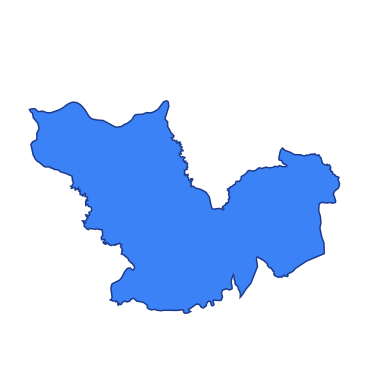 Atrato (Yuto), Chocó, Colombia, rotated 257°
{"feature_id": "7082276B67821658402915", "entity_name": "Atrato (Yuto)", "entity_type": "district", "adm_level": 2, "iso_a3": "COL", "parent_name": "Colombia", "parent_adm1": "Chocó", "projection": "orthographic", "projection_center": [-76.61, 5.549], "detail": "fine", "context": "isolated", "style": "filled", "palette": "blue", "viewbox_px": 384, "rotation_deg": 257, "n_neighbors": 0, "source": "geoboundaries", "source_scale": "gbopen_adm2", "svg_char_len": 5938}
<svg xmlns="http://www.w3.org/2000/svg" viewBox="0 0 384 384"><g transform="rotate(257 192 192)"><path d="M214.5,290.0L212.6,287.6L206.4,284.6L204.2,284.0L203.3,284.4L202.4,286.5L199.4,287.0L196.8,290.4L195.7,289.9L196.1,286.4L198.1,283.0L197.3,281.2L198.4,278.2L197.9,277.1L197.8,275.4L198.5,271.7L199.6,269.7L199.2,265.4L200.5,262.8L198.5,257.9L199.1,254.6L200.2,252.8L199.9,251.1L197.6,248.6L195.9,243.5L193.7,242.8L191.7,240.7L192.4,237.7L191.9,236.9L190.0,236.1L189.3,233.6L188.3,232.0L188.4,230.6L187.6,230.3L187.6,229.3L187.0,228.8L187.0,227.4L186.0,227.0L185.2,228.2L184.2,227.6L183.3,228.4L182.2,227.4L180.5,227.0L178.3,227.7L177.6,226.5L176.9,226.8L176.4,225.7L174.4,225.6L173.6,224.8L173.6,223.3L172.7,223.2L173.2,222.5L172.1,221.8L170.8,218.5L169.9,218.2L168.8,219.3L168.2,219.0L167.7,218.0L169.2,216.4L170.0,214.2L170.4,209.0L171.4,208.0L173.5,207.5L182.9,207.8L188.5,205.7L192.3,201.5L195.6,195.5L197.3,194.7L197.5,192.0L199.8,193.2L201.9,192.6L201.9,193.6L202.7,193.6L202.9,194.6L204.5,195.6L205.2,194.0L204.2,193.3L204.1,191.6L206.5,191.7L207.9,190.9L209.2,192.0L210.2,191.9L209.6,189.2L210.7,188.6L211.2,189.3L213.1,189.1L214.0,189.7L214.9,189.4L215.3,192.5L216.7,192.2L217.2,193.4L219.0,193.2L220.2,194.0L221.4,193.8L222.5,191.6L223.4,192.7L224.2,190.5L225.7,190.9L227.2,192.8L228.5,190.7L228.3,190.1L229.0,188.8L230.9,188.1L232.3,188.3L231.4,190.0L232.7,189.9L234.5,190.6L234.2,192.5L234.9,192.5L235.6,191.4L236.6,191.1L238.1,192.5L239.9,190.6L240.8,191.2L241.0,191.9L241.8,191.0L243.0,191.8L243.6,190.4L242.8,189.5L242.8,188.7L243.8,188.1L244.6,188.8L245.4,188.7L244.9,187.6L246.3,186.7L247.1,184.7L249.4,184.1L249.2,186.0L250.8,187.0L255.4,184.4L257.0,184.4L260.9,183.0L266.0,184.0L269.2,182.0L280.5,188.6L285.0,189.1L286.0,188.5L286.6,187.5L286.4,184.8L280.5,177.9L279.2,174.7L278.5,171.5L278.5,169.3L279.5,165.8L278.9,160.9L280.0,155.4L279.9,153.9L278.3,151.8L275.8,149.5L273.4,144.3L272.9,140.8L271.8,138.3L271.9,133.8L272.9,131.5L281.6,121.6L283.7,115.2L286.0,110.6L289.2,108.5L295.7,106.4L299.4,104.6L302.4,102.7L304.9,100.0L306.1,97.1L306.4,94.9L305.5,90.4L303.1,85.2L301.9,81.0L301.0,72.4L301.8,68.7L304.5,64.4L304.8,60.4L308.5,57.6L309.0,54.8L309.0,52.2L306.4,52.9L304.7,54.3L300.1,54.1L293.5,57.3L289.0,57.3L288.0,57.1L284.0,54.0L279.1,53.0L277.8,52.3L276.7,47.7L275.6,47.1L275.3,46.3L274.5,45.7L263.8,45.6L259.5,46.7L256.9,48.0L255.2,49.9L250.4,53.4L249.5,54.6L248.3,59.3L247.2,59.8L246.4,61.8L245.3,62.3L243.6,66.6L241.3,68.3L238.6,73.0L234.4,78.7L230.0,78.1L227.8,78.7L224.9,76.4L224.9,75.2L223.6,76.1L222.8,75.4L222.8,78.8L222.2,78.7L221.2,79.6L220.6,78.5L220.2,78.7L220.2,79.4L221.0,80.1L220.3,81.2L221.4,82.3L219.6,82.0L219.2,83.3L218.1,82.1L217.0,83.3L216.0,82.6L214.6,82.5L214.0,83.9L212.8,84.6L212.8,85.2L213.8,85.3L213.7,86.9L214.7,87.1L214.4,87.8L211.6,86.8L211.1,88.5L209.4,88.9L208.0,87.1L207.3,88.2L206.5,86.2L202.7,85.5L202.7,85.8L203.8,86.4L203.6,87.0L202.9,87.8L201.3,87.8L200.3,90.0L199.6,90.4L196.6,90.1L195.3,88.1L195.4,87.0L192.7,87.1L192.5,86.0L193.7,83.3L191.5,83.6L191.1,85.0L190.2,84.6L187.7,81.6L188.5,78.8L186.3,79.7L185.9,81.2L185.3,79.6L184.3,79.9L183.0,79.2L179.4,81.5L178.6,82.5L179.7,84.2L179.0,84.9L178.4,87.5L177.4,89.0L177.5,91.4L175.8,94.3L175.5,96.0L169.7,95.3L168.8,93.7L167.0,93.1L165.7,93.4L165.9,95.7L165.3,96.5L164.4,96.2L163.5,94.4L162.9,94.1L161.8,94.5L162.2,97.3L161.7,97.2L161.2,95.4L160.6,95.6L160.8,99.1L159.6,99.1L158.0,101.1L158.4,102.4L157.4,105.3L158.3,105.8L157.7,107.2L158.2,107.7L158.0,108.9L158.6,109.4L158.1,110.3L157.0,110.5L156.3,111.6L155.0,110.1L151.2,111.2L150.5,111.0L150.4,110.3L148.9,110.2L147.6,109.2L145.4,112.1L144.2,112.5L142.4,114.4L139.2,115.1L138.8,116.0L137.3,116.3L136.1,117.2L136.0,117.9L134.4,118.1L132.4,119.2L131.1,119.0L129.1,117.1L129.8,116.1L131.9,114.6L132.2,113.0L131.8,111.4L129.2,108.2L124.8,104.6L122.4,101.5L120.6,93.8L119.7,92.8L116.3,91.3L107.5,90.5L106.0,89.7L105.2,88.1L103.6,90.4L102.9,93.1L102.1,93.2L102.5,93.8L102.2,94.5L101.0,95.1L99.5,94.4L98.3,94.8L99.3,96.1L98.5,96.8L98.5,98.0L99.7,98.9L100.8,101.0L100.8,102.1L99.6,103.5L99.5,105.6L100.0,107.4L101.1,108.1L101.6,111.3L98.2,113.5L95.8,119.0L94.4,120.8L91.5,123.0L89.2,122.4L87.7,123.7L86.3,125.8L86.0,129.4L84.8,131.0L83.4,134.7L83.0,138.4L79.9,151.2L79.3,156.6L78.7,157.3L77.4,156.7L76.3,157.0L75.3,158.1L75.5,159.0L75.0,160.3L75.8,163.7L77.2,162.3L78.6,162.3L78.7,163.7L81.7,170.9L81.4,172.9L80.2,174.2L77.9,174.9L76.4,176.8L77.8,180.2L80.5,181.5L81.9,183.6L81.0,185.5L77.9,185.3L76.9,185.7L76.5,186.6L76.7,187.4L77.6,188.1L80.4,188.0L81.8,188.7L79.9,194.9L80.1,196.3L82.9,198.1L86.5,198.0L88.0,198.5L89.4,199.6L90.0,203.9L88.2,206.2L88.4,208.7L88.9,209.4L92.3,209.9L93.2,209.6L97.3,210.5L102.2,213.6L99.1,214.0L97.6,213.4L94.9,213.8L93.1,213.3L91.5,213.8L89.7,215.4L86.5,215.4L84.8,216.1L81.6,216.2L78.6,215.3L80.3,217.7L85.2,222.7L89.8,228.8L104.6,239.0L112.1,239.7L114.1,240.7L113.7,241.8L112.3,242.7L111.5,244.3L110.9,244.3L109.4,246.2L105.2,249.3L103.6,249.0L101.3,250.1L100.4,251.0L100.0,252.2L98.3,252.5L97.6,253.1L97.0,253.0L95.9,254.0L93.3,253.3L92.0,253.7L89.3,257.2L89.7,258.7L88.7,260.4L90.3,262.8L89.1,263.5L88.8,265.4L88.2,265.8L88.9,266.8L90.0,266.3L90.5,266.5L91.5,270.9L92.8,273.9L94.1,275.2L99.0,288.3L102.2,307.0L112.7,309.1L119.1,308.3L128.1,308.5L132.9,310.7L139.5,311.6L145.1,311.2L150.9,312.9L152.4,314.3L152.7,316.0L150.9,321.1L150.8,323.6L149.4,326.9L149.6,329.5L151.5,330.0L158.6,329.3L161.1,331.7L162.6,335.1L163.8,336.2L166.9,337.7L171.5,337.0L172.5,338.2L173.3,338.4L175.3,335.4L176.6,335.1L178.2,333.2L180.1,333.4L181.1,331.9L181.8,332.3L183.3,331.5L183.8,331.6L184.2,332.7L186.3,332.5L187.6,331.8L187.6,330.3L188.6,329.9L188.1,328.1L190.3,325.6L196.0,325.3L197.0,325.1L197.5,324.5L199.7,323.9L199.6,322.4L200.3,321.1L201.7,320.1L201.0,319.0L201.8,318.2L202.1,315.9L201.6,313.9L202.2,311.9L201.8,309.3L203.9,306.1L205.3,300.4L208.8,296.4L211.5,292.2L214.5,290.0Z" fill="#3b82f6" stroke="#1e3a8a" stroke-width="1.5"/></g></svg>